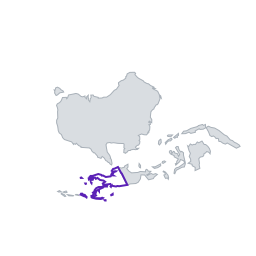 Papua New Guinea and the surrounding countries, rotated 153°
{"feature_id": "PNG", "entity_name": "Papua New Guinea", "entity_type": "country or territory", "adm_level": 0, "iso_a3": "PNG", "parent_name": "Oceania", "parent_adm1": "", "projection": "orthographic", "projection_center": [148.76, -6.492], "detail": "medium", "context": "with_neighbors", "style": "outline", "palette": "violet", "viewbox_px": 256, "rotation_deg": 153, "n_neighbors": 3, "source": "natural_earth", "source_scale": "50m", "svg_char_len": 6856}
<svg xmlns="http://www.w3.org/2000/svg" viewBox="0 0 256 256"><g transform="rotate(153 128 128)"><path d="M154.5,77.6L154.9,97.8L152.1,95.3L149.0,94.7L148.3,95.6L144.5,95.8L145.7,93.2L147.6,92.3L146.7,89.0L145.2,86.4L139.3,83.9L136.8,83.7L132.3,81.0L131.4,82.5L130.3,82.8L129.6,81.7L129.6,80.4L127.3,79.0L130.5,77.7L132.6,77.7L132.3,76.9L128.0,77.0L126.8,75.3L124.1,74.8L122.9,73.3L126.9,72.4L128.4,71.4L133.2,72.5L134.5,78.6L137.7,80.3L140.1,77.0L143.6,75.0L146.3,75.0L151.2,77.1L154.5,77.6ZM107.7,98.6L108.1,100.1L106.5,102.5L104.2,103.3L103.8,102.9L105.0,99.9L107.7,98.6ZM134.2,91.3L133.8,89.0L134.9,86.8L135.6,87.7L135.6,89.2L134.2,91.3ZM87.6,59.6L86.0,62.4L87.9,65.2L87.4,66.6L90.4,69.3L87.2,69.8L86.3,72.0L86.4,74.8L83.9,77.1L83.9,80.1L83.0,84.9L82.6,83.9L79.7,85.5L78.6,83.7L76.8,83.6L75.5,82.7L72.6,84.1L71.7,82.7L68.0,82.8L67.6,78.7L66.3,78.0L65.2,75.4L64.8,72.8L65.1,69.9L66.6,67.7L67.0,69.7L68.6,71.3L70.2,70.6L71.8,70.7L73.2,69.0L74.4,68.6L76.8,69.3L78.9,68.5L80.3,64.1L81.3,63.0L82.3,59.4L87.6,59.6ZM119.6,79.2L122.8,80.0L123.9,82.3L121.4,81.1L115.3,81.2L116.0,79.5L119.6,79.2ZM112.4,82.5L110.4,82.1L109.8,80.8L112.7,80.5L113.5,81.5L112.4,82.5ZM115.4,64.0L115.6,65.7L117.3,65.9L117.5,67.1L117.4,69.8L115.9,69.6L115.4,71.5L116.6,73.1L115.8,73.5L114.6,71.6L113.8,67.7L114.4,65.2L115.4,64.0ZM97.6,68.5L104.3,68.4L107.1,66.0L107.6,66.7L105.3,69.9L103.2,70.6L100.5,70.1L93.5,71.1L93.2,73.5L95.6,76.1L97.1,74.6L102.3,73.2L102.0,74.7L100.8,74.3L99.6,76.2L97.2,77.5L99.9,81.3L99.4,82.4L102.0,85.8L102.1,87.9L100.7,88.8L99.5,87.8L100.8,85.2L98.1,86.6L97.4,85.7L97.7,84.5L95.7,82.8L95.8,79.8L94.0,80.9L94.6,88.9L92.9,89.4L91.7,88.6L92.4,85.7L91.9,82.7L90.7,82.8L89.8,80.7L90.9,78.6L92.6,71.4L93.2,70.1L95.5,67.7L97.6,68.5ZM95.2,103.5L91.5,101.6L93.9,100.8L96.4,102.5L96.3,103.4L95.2,103.5ZM97.6,98.0L99.4,97.7L101.8,96.4L101.5,98.1L97.5,99.3L93.9,99.1L93.8,98.0L95.9,97.2L97.6,98.0ZM89.3,98.0L90.9,97.6L91.7,98.9L85.5,100.3L86.3,98.5L87.7,98.4L88.3,97.2L89.3,98.0ZM64.5,94.0L64.9,95.0L69.4,94.9L69.9,93.6L74.5,94.7L75.6,96.6L79.4,96.9L82.7,98.5L79.9,99.9L77.0,98.9L72.2,99.1L65.2,97.7L64.3,98.2L60.0,97.3L59.5,96.0L57.4,96.0L58.7,92.9L61.5,92.8L64.5,94.0ZM54.3,78.5L54.7,80.6L55.6,82.2L57.2,82.3L58.4,84.1L58.0,88.0L58.2,92.8L55.7,93.2L53.7,90.8L50.8,88.6L48.1,84.5L45.3,78.2L43.5,75.9L42.3,71.0L40.6,69.3L39.6,66.8L38.3,65.3L36.6,62.3L36.5,60.7L40.6,60.8L46.4,69.6L48.5,69.4L50.3,71.3L51.5,73.7L53.1,74.9L52.3,77.5L53.5,78.5L54.3,78.5Z" fill="#d9dde1" stroke="#a8b0b8" stroke-width="1"/><path d="M218.7,102.3L219.5,103.4L217.4,103.3L216.4,101.4L218.7,102.3ZM217.5,99.6L217.0,100.1L214.9,97.4L214.4,95.5L215.4,95.6L217.5,99.6ZM215.0,100.4L212.0,100.0L211.4,99.6L211.6,98.3L213.6,98.9L215.0,100.4ZM211.6,94.5L212.3,96.2L207.3,92.6L207.7,92.3L211.6,94.5ZM202.3,90.0L205.2,92.3L204.6,92.5L203.3,91.8L202.1,90.5L202.3,90.0Z" fill="#d9dde1" stroke="#a8b0b8" stroke-width="1"/><path d="M175.9,189.5L177.3,189.6L177.5,192.6L176.7,193.5L176.5,195.5L175.7,194.8L174.2,196.6L172.3,196.4L170.8,194.3L170.4,192.6L169.0,190.4L169.0,189.2L172.8,190.3L175.9,189.5ZM120.7,167.8L116.6,170.0L116.5,171.5L115.9,172.7L112.6,173.2L110.4,172.8L107.4,173.4L106.5,174.9L105.8,174.8L104.2,176.6L101.1,176.7L96.9,174.7L96.4,173.2L97.4,172.7L97.5,172.1L96.7,169.1L96.0,167.5L93.0,163.2L92.7,161.6L90.9,159.0L89.6,158.0L88.7,155.7L86.1,152.4L87.4,153.5L85.9,150.9L87.3,151.7L88.3,152.7L87.8,151.3L84.9,147.3L85.0,143.4L84.3,141.7L84.8,139.5L85.5,141.7L86.1,139.6L90.3,135.9L91.4,135.5L92.2,135.9L95.4,134.2L96.3,133.2L97.7,133.2L100.2,132.1L103.2,127.5L103.0,124.6L104.5,121.9L105.9,124.5L107.0,123.8L105.9,122.4L106.5,120.9L107.8,121.5L107.9,119.2L109.7,116.3L111.1,115.8L111.0,114.9L112.3,115.2L112.2,114.4L114.7,113.5L116.9,114.8L118.6,116.5L122.2,116.7L121.5,115.0L122.6,112.5L123.9,111.7L123.4,110.9L124.5,109.1L126.2,108.0L127.7,108.3L130.1,107.6L129.9,106.0L127.7,105.1L129.2,104.6L131.2,105.3L132.8,106.5L135.4,107.2L136.2,106.9L138.0,107.8L139.7,106.9L140.8,107.1L141.5,106.5L142.9,108.0L141.2,110.9L140.2,111.0L140.6,112.3L138.8,115.4L139.1,116.2L143.8,118.8L147.6,121.5L150.0,122.3L150.5,123.2L153.3,124.2L155.2,123.1L156.2,120.1L157.4,116.0L156.7,111.9L157.0,109.5L157.6,108.9L157.1,107.9L158.3,103.7L159.4,102.5L160.3,104.0L160.6,105.9L161.3,106.3L161.5,107.6L162.6,109.1L162.8,112.0L163.9,114.4L165.8,113.2L168.3,115.7L168.0,117.0L168.7,119.7L169.1,121.2L169.9,121.5L170.7,124.1L170.5,125.7L171.5,127.8L178.7,132.1L178.3,132.8L179.9,134.7L181.0,137.9L182.2,137.3L183.3,138.6L184.0,138.1L184.5,141.2L189.9,146.6L190.6,149.0L190.3,152.4L191.5,154.9L191.3,157.4L189.9,161.3L189.3,164.9L188.0,167.4L186.0,168.8L183.3,174.6L182.3,175.9L181.7,178.0L181.4,180.6L180.0,181.6L177.3,181.7L175.0,182.7L172.5,184.9L169.0,183.3L169.3,181.9L168.0,182.4L166.0,184.4L158.7,182.4L156.9,180.8L155.5,177.4L154.2,176.3L151.8,176.1L152.4,174.7L151.6,172.7L150.6,174.6L148.5,175.2L149.6,173.6L149.7,172.1L150.5,170.7L150.1,168.7L148.3,171.1L146.9,172.0L146.2,174.2L144.1,173.2L144.0,171.7L140.6,168.8L141.0,168.1L137.5,166.5L135.7,166.5L133.1,165.2L128.6,165.7L123.1,167.8L120.7,167.8Z" fill="#d9dde1" stroke="#a8b0b8" stroke-width="1"/><path d="M154.7,97.8L154.5,90.9L154.2,90.4L154.4,77.6L162.2,80.1L163.9,81.2L165.2,81.3L169.2,84.3L169.1,86.1L174.7,88.1L175.5,88.9L175.6,90.0L172.8,90.5L173.6,92.2L176.5,94.4L177.9,97.4L179.7,97.3L179.9,98.8L182.2,99.4L181.5,99.7L181.8,100.4L184.8,101.1L183.5,101.3L184.1,101.9L183.1,102.3L181.4,101.4L175.4,100.5L173.1,98.4L172.9,97.4L171.9,97.1L170.0,94.4L165.4,92.8L164.3,93.4L162.7,92.5L163.6,94.0L162.4,94.2L162.7,94.8L159.3,95.2L158.8,94.8L158.4,94.9L159.2,95.4L161.1,95.7L161.9,97.2L159.8,98.3L158.5,97.9L154.7,97.8ZM187.1,82.4L188.8,82.4L189.6,82.8L189.5,84.3L188.3,85.1L188.6,86.3L186.9,86.6L186.0,87.7L183.7,88.8L181.1,88.8L177.1,86.9L177.4,86.3L181.7,86.5L182.5,84.9L182.8,86.5L185.0,86.2L186.3,84.7L187.4,84.5L187.1,82.4ZM200.5,90.2L199.7,90.8L198.6,90.3L198.2,89.0L196.8,87.8L196.8,86.3L197.9,86.9L200.5,90.2ZM191.4,84.1L190.7,83.8L190.5,82.2L189.3,80.5L184.5,77.9L184.8,77.3L188.5,79.5L191.5,82.1L191.9,82.9L191.4,84.1ZM171.9,75.5L174.3,75.8L171.6,76.2L171.9,75.5ZM183.8,98.3L184.6,98.5L184.9,99.3L183.5,99.2L183.8,98.3ZM183.6,77.6L182.7,77.6L182.1,77.0L182.9,76.8L183.6,77.0L183.6,77.6ZM185.5,100.4L186.1,100.2L185.9,100.9L185.1,100.6L184.5,99.4L185.5,100.4ZM189.9,97.3L191.2,97.5L191.2,97.9L189.9,97.3ZM191.9,104.5L193.5,105.3L192.1,105.1L191.9,104.5ZM176.1,87.4L175.4,86.8L175.4,86.4L176.2,86.7L176.1,87.4ZM183.2,98.8L182.5,98.3L182.8,97.9L183.2,98.0L183.2,98.8ZM196.5,86.3L196.2,85.3L196.5,85.0L196.8,85.6L196.5,86.3ZM173.5,86.2L173.0,85.8L173.4,85.4L173.6,85.6L173.5,86.2ZM181.5,74.2L180.8,73.9L180.9,73.6L181.4,73.8L181.5,74.2ZM170.0,83.7L169.5,83.8L169.9,83.4L170.0,83.7ZM185.6,96.4L185.3,95.8L185.6,95.4L185.7,95.9L185.6,96.4ZM162.1,95.8L162.7,96.3L161.4,95.5L162.1,95.8Z" fill="none" stroke="#5b21b6" stroke-width="2"/></g></svg>